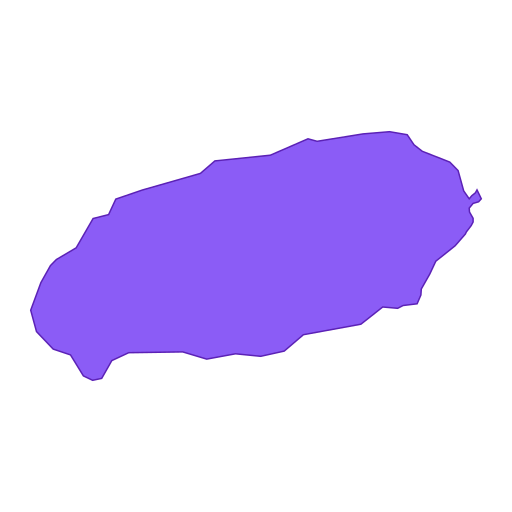 an SVG outline of Jeju
{"feature_id": "KOR-2510", "entity_name": "Jeju", "entity_type": "Province", "adm_level": 1, "iso_a3": "KOR", "parent_name": "South Korea", "parent_adm1": "", "projection": "robinson", "projection_center": [126.648, 33.381], "detail": "fine", "context": "isolated", "style": "filled", "palette": "violet", "viewbox_px": 512, "rotation_deg": 0, "n_neighbors": 0, "source": "natural_earth", "source_scale": "10m", "svg_char_len": 853}
<svg xmlns="http://www.w3.org/2000/svg" viewBox="0 0 512 512"><path d="M477.0,189.9L481.3,198.8L478.6,201.8L473.1,203.4L469.2,208.1L469.5,212.0L473.1,218.3L473.1,222.0L471.2,225.6L466.3,232.0L465.4,234.0L455.1,245.8L435.8,261.2L429.8,274.0L421.3,289.0L420.9,295.0L417.1,303.8L403.1,305.5L397.7,308.3L382.7,307.0L360.9,324.2L303.4,334.7L284.2,351.1L260.7,356.3L235.5,353.8L206.7,359.1L182.7,351.9L128.7,352.7L111.8,360.6L101.7,378.4L92.6,380.3L83.4,375.9L70.5,354.9L53.2,349.1L36.5,331.6L30.7,310.2L40.9,282.6L50.5,265.5L56.4,259.5L76.2,247.8L93.1,218.5L108.6,214.6L115.8,199.1L142.4,190.0L200.4,173.4L214.9,160.9L270.3,155.2L308.0,138.8L317.1,141.3L363.0,133.9L389.6,131.7L407.2,134.7L414.0,144.8L422.3,151.3L449.8,162.1L458.1,170.6L463.7,190.9L469.2,198.8L471.8,195.7L475.4,192.8L477.0,189.9Z" fill="#8b5cf6" stroke="#5b21b6" stroke-width="1.5"/></svg>